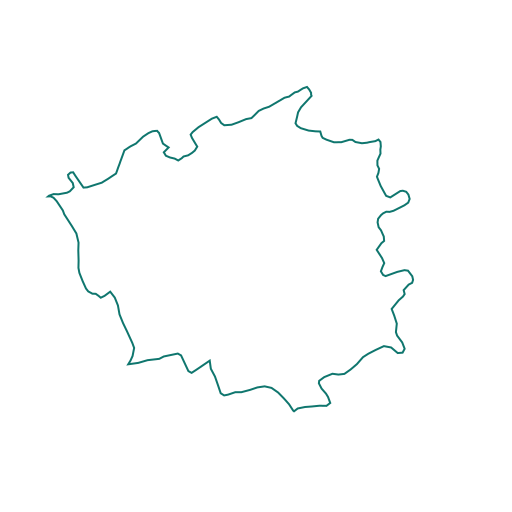 the district of Ariha, Idlib, Syria, rotated 60°
{"feature_id": "27442178B18977709066888", "entity_name": "Ariha", "entity_type": "district", "adm_level": 2, "iso_a3": "SYR", "parent_name": "Syria", "parent_adm1": "Idlib", "projection": "albers", "projection_center": [36.527, 35.771], "detail": "fine", "context": "isolated", "style": "outline", "palette": "teal", "viewbox_px": 512, "rotation_deg": 60, "n_neighbors": 0, "source": "geoboundaries", "source_scale": "gbopen_adm2", "svg_char_len": 3328}
<svg xmlns="http://www.w3.org/2000/svg" viewBox="0 0 512 512"><g transform="rotate(60 256 256)"><path d="M100.5,406.2L101.6,404.1L104.3,402.2L108.9,401.2L120.0,400.5L124.0,401.2L137.9,400.5L146.7,400.3L155.7,403.0L162.3,407.1L171.4,412.0L177.5,415.7L182.3,417.4L191.1,418.7L199.1,419.5L202.8,419.0L206.0,417.0L206.8,416.6L208.6,413.7L211.7,412.3L214.5,411.3L214.8,407.1L214.0,400.1L221.4,399.1L229.8,400.3L238.3,403.4L247.6,404.7L256.9,405.4L269.5,406.6L274.7,407.5L280.9,412.9L283.9,417.1L285.9,420.8L289.7,411.4L292.0,402.0L296.7,391.2L296.9,386.1L301.4,372.5L303.8,371.1L304.6,370.6L321.8,372.1L322.9,371.5L325.0,370.2L324.7,364.6L323.5,348.4L324.7,348.9L331.1,351.5L339.9,351.8L348.8,353.5L357.2,355.2L360.8,353.3L362.1,349.5L363.6,342.0L366.6,336.9L369.0,328.0L370.5,320.5L373.2,313.7L378.0,308.5L385.3,305.1L393.1,303.1L400.9,301.5L408.5,301.1L409.5,300.7L408.9,296.1L411.3,289.0L414.2,283.0L417.4,275.9L421.0,269.9L420.4,265.2L414.1,264.1L410.2,264.2L403.6,265.5L397.7,265.2L395.7,263.7L395.0,257.4L396.2,248.7L399.9,243.9L402.3,238.4L401.6,230.9L400.1,222.7L397.1,213.9L396.8,207.6L397.2,199.3L398.0,190.3L402.8,184.7L410.9,181.8L413.0,177.4L410.7,173.7L410.4,173.6L404.0,172.6L395.5,173.6L391.9,172.9L385.0,167.9L376.7,166.1L369.7,165.0L365.7,154.5L364.6,149.0L363.3,146.3L359.4,145.2L357.1,138.1L357.3,134.2L355.2,131.9L351.7,130.8L344.7,131.7L342.5,134.5L340.4,141.6L338.2,153.8L336.0,155.4L331.7,155.5L328.8,152.0L326.3,148.5L320.8,147.9L311.0,148.4L307.6,141.0L307.0,137.5L303.0,135.6L299.9,135.3L296.3,134.9L292.4,135.4L287.7,133.9L284.8,131.6L283.1,127.3L282.6,124.6L282.8,121.0L284.6,118.2L285.6,114.3L286.1,106.0L286.3,102.1L285.9,97.5L283.4,94.4L279.0,93.3L275.5,93.8L272.9,96.2L271.9,98.6L272.1,103.3L272.4,110.4L269.0,113.2L266.6,113.2L257.6,113.0L250.2,112.0L247.8,111.6L245.3,108.5L242.1,105.8L238.2,105.5L234.1,103.2L232.1,100.5L229.6,97.0L226.0,95.1L223.5,93.1L219.5,91.2L216.4,91.7L216.2,95.2L214.1,100.8L213.4,103.2L211.3,107.9L209.3,110.2L207.0,112.9L203.6,114.5L202.1,116.9L200.1,125.2L196.5,131.6L190.5,136.8L187.0,139.2L184.7,139.2L180.3,138.1L177.8,142.1L173.7,147.7L167.7,153.3L163.9,155.3L160.8,155.4L156.3,151.1L152.6,147.7L149.7,142.6L147.4,135.2L145.1,127.8L143.8,127.6L142.2,126.7L138.2,126.7L137.4,126.9L136.2,127.1L135.1,127.3L134.3,131.4L134.4,134.4L134.6,137.5L133.7,140.6L134.3,146.3L134.4,146.6L134.4,146.8L134.5,147.7L133.8,149.9L133.2,152.2L133.2,152.3L133.3,170.0L132.1,175.7L131.7,181.1L133.4,187.3L134.3,191.0L132.5,196.1L131.4,204.3L130.1,211.5L126.9,218.1L123.4,219.7L119.3,219.8L115.8,220.4L115.0,225.5L115.7,241.3L117.0,248.9L118.2,251.9L121.7,252.4L128.3,252.3L131.9,252.2L134.1,256.3L134.7,259.8L134.9,264.4L133.6,269.0L134.2,271.5L134.4,275.6L131.0,277.7L127.6,281.3L124.1,283.9L120.1,284.0L118.3,277.4L115.5,278.8L112.1,280.4L103.2,278.8L100.9,278.4L99.6,278.8L98.2,279.0L97.1,281.2L96.2,283.4L95.8,287.7L96.2,294.1L98.6,303.7L98.3,309.8L98.4,312.2L98.6,314.6L98.7,317.1L100.3,319.0L101.4,320.3L105.0,324.6L106.4,326.3L107.9,328.0L110.6,331.3L112.6,333.6L114.6,336.0L114.9,341.3L115.2,345.6L115.3,350.4L115.4,352.9L113.9,359.6L112.1,367.9L110.5,371.2L96.6,372.3L94.8,372.4L92.1,372.5L91.0,374.9L91.7,378.2L94.6,379.2L101.2,378.2L105.3,379.5L106.9,384.9L106.7,388.0L103.8,396.2L101.2,400.3L100.3,405.1L100.5,406.2Z" fill="none" stroke="#0f766e" stroke-width="2"/></g></svg>